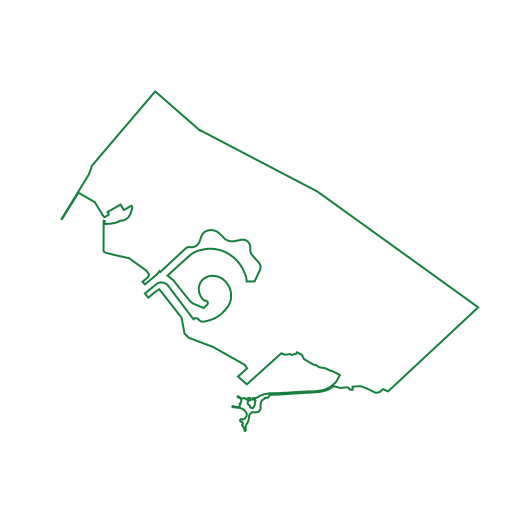 the district of 69, Al Daayen, Qatar, rotated 137°
{"feature_id": "91078587B70962484835494", "entity_name": "69", "entity_type": "district", "adm_level": 2, "iso_a3": "QAT", "parent_name": "Qatar", "parent_adm1": "Al Daayen", "projection": "robinson", "projection_center": [51.528, 25.422], "detail": "fine", "context": "isolated", "style": "outline", "palette": "green", "viewbox_px": 512, "rotation_deg": 137, "n_neighbors": 0, "source": "geoboundaries", "source_scale": "gbopen_adm2", "svg_char_len": 5118}
<svg xmlns="http://www.w3.org/2000/svg" viewBox="0 0 512 512"><g transform="rotate(137 256 256)"><path d="M219.4,444.9L293.1,436.4L314.4,433.9L322.4,429.7L372.9,415.7L372.8,415.3L342.7,423.4L337.2,405.2L340.6,388.4L340.4,387.7L336.1,386.8L335.7,386.7L335.0,387.1L334.6,389.4L331.0,388.6L320.0,386.0L321.2,380.3L321.0,379.6L313.2,377.9L312.9,377.6L312.9,376.9L313.3,375.9L314.8,374.8L317.3,373.4L320.3,372.1L322.4,371.4L324.1,371.4L325.6,371.5L327.5,372.0L329.2,372.8L331.1,374.3L331.9,374.8L332.5,374.9L333.2,374.7L336.8,376.5L338.8,377.8L340.8,379.2L343.0,381.0L344.7,382.6L344.6,383.1L342.8,384.8L343.4,385.6L363.7,364.1L364.2,363.2L364.1,362.2L363.5,360.6L358.7,353.1L350.3,340.9L346.2,320.1L346.7,315.8L347.7,314.8L349.8,314.1L356.6,314.6L356.6,311.0L340.6,310.1L337.0,310.8L336.9,309.6L300.9,309.5L300.1,308.7L299.5,308.5L299.1,308.6L297.9,307.0L296.4,305.7L294.7,304.8L293.0,304.2L291.3,304.1L289.7,304.3L288.1,304.7L284.5,306.6L281.9,307.9L279.9,308.5L277.8,308.7L275.5,308.2L273.3,307.2L272.7,306.7L270.9,305.4L269.0,302.9L267.8,300.2L267.4,296.9L267.1,290.9L267.1,289.5L266.6,287.8L265.9,286.2L264.9,284.6L263.8,283.3L262.2,281.9L256.2,278.2L254.4,276.9L253.4,275.6L252.6,274.2L252.2,272.6L252.2,270.9L252.5,269.6L252.9,268.2L253.6,267.1L255.1,265.3L256.8,263.5L257.6,262.1L258.1,260.6L258.2,258.7L258.5,248.7L258.9,247.2L259.4,245.9L260.2,244.8L261.3,243.9L262.5,243.1L274.4,238.4L280.2,243.7L278.3,246.2L276.8,249.1L275.3,253.0L274.1,256.9L273.4,261.0L273.1,265.7L273.3,269.7L273.4,270.3L274.3,275.1L275.9,280.2L277.8,284.0L280.4,287.9L283.2,291.3L286.5,294.3L287.0,294.6L289.5,296.3L292.8,298.4L296.6,300.1L300.3,301.2L303.8,301.6L332.2,302.0L334.1,302.0L333.0,294.6L335.0,269.1L334.9,266.8L334.5,264.3L332.3,259.3L329.7,253.7L325.6,253.7L324.8,253.7L323.9,254.0L323.2,254.6L322.8,255.3L322.8,256.4L323.1,257.6L324.1,258.3L324.3,260.2L324.3,262.1L323.9,264.1L323.4,266.0L322.6,267.7L321.5,269.5L320.3,271.0L318.6,272.5L316.7,273.6L314.3,274.6L312.1,275.0L309.6,275.0L307.5,274.6L305.3,273.8L304.7,273.5L303.1,272.7L301.6,271.4L301.0,270.9L298.9,268.4L297.1,265.4L296.9,264.6L296.2,262.4L296.0,260.6L295.8,259.5L295.8,256.5L296.2,254.0L296.9,251.2L298.1,248.4L299.5,246.0L301.5,243.7L302.9,242.4L304.0,241.4L306.4,240.0L309.0,238.8L312.0,238.0L315.9,237.5L319.1,237.3L322.4,237.4L326.2,238.0L330.1,239.1L333.9,240.7L337.9,242.9L339.9,244.3L340.9,245.9L341.3,247.0L341.3,248.1L341.3,249.6L341.8,250.8L342.5,251.7L343.5,252.3L344.9,252.4L340.4,295.8L341.5,299.0L344.0,302.1L347.5,303.4L362.9,304.3L363.2,299.0L353.8,298.5L349.4,297.6L352.5,261.6L361.1,248.2L361.0,242.1L351.7,223.3L349.5,218.9L338.4,183.9L339.1,179.9L351.4,180.1L350.2,168.4L303.9,167.6L301.8,163.6L297.9,161.0L297.5,159.6L296.8,158.8L294.8,158.2L293.8,157.1L291.7,157.6L289.9,152.5L291.2,147.7L287.9,136.9L286.6,135.6L285.6,131.5L281.9,126.7L279.8,121.2L278.8,120.1L275.8,111.7L283.6,109.2L290.5,109.5L292.1,109.8L294.6,110.6L297.8,111.8L299.6,112.9L303.1,115.3L307.1,118.4L308.2,119.5L309.2,120.6L313.3,123.9L316.8,126.9L321.4,130.8L326.8,135.0L328.8,136.9L332.0,139.4L339.7,146.3L344.2,149.3L346.3,150.2L348.7,151.2L351.2,151.5L352.2,151.9L353.5,152.7L355.2,154.1L356.1,153.1L354.7,151.4L354.8,150.9L356.8,149.4L358.2,148.2L359.7,147.3L361.8,146.9L362.5,147.3L363.0,148.1L363.3,148.8L363.4,149.4L363.1,149.9L362.6,150.3L362.8,152.0L363.0,152.8L362.8,153.5L362.5,154.1L362.0,154.5L361.1,155.0L360.4,155.1L359.6,155.2L359.1,155.0L358.7,154.6L358.1,154.3L357.5,154.7L357.1,155.5L357.6,156.6L358.3,157.4L359.2,157.6L359.9,156.8L360.1,156.7L360.5,156.9L361.0,157.9L361.3,160.2L362.9,160.8L363.3,161.2L363.6,161.8L364.3,163.7L364.4,164.7L364.7,165.6L365.4,165.7L365.6,165.4L365.7,165.0L365.2,164.2L364.8,163.4L364.5,162.3L364.6,161.8L365.3,160.3L366.3,159.5L367.4,158.9L368.1,159.1L368.5,159.2L368.9,159.0L368.9,158.4L369.0,157.9L371.4,157.1L372.6,158.3L373.6,159.5L374.7,160.9L375.2,162.1L375.5,162.2L376.0,162.1L376.1,161.9L376.2,161.5L371.0,155.3L370.2,153.5L369.8,152.1L369.8,149.9L369.9,148.2L370.4,146.9L372.0,145.4L374.0,144.9L375.1,144.7L376.1,144.8L377.2,145.3L377.7,146.4L378.2,146.9L379.5,146.9L380.1,146.3L380.1,145.1L379.3,143.6L379.9,142.2L380.8,142.2L381.4,142.0L381.8,141.3L381.9,139.3L382.8,136.9L383.5,135.9L383.2,135.4L382.3,135.5L380.9,137.2L379.9,138.4L379.3,138.9L378.5,139.1L375.1,140.1L372.5,141.6L370.1,143.7L368.9,144.4L367.5,144.5L366.4,144.5L365.2,144.3L363.3,142.3L362.1,141.3L361.5,140.9L360.6,140.4L359.5,140.3L358.5,140.6L357.2,140.9L356.1,141.8L354.8,143.4L353.4,144.8L351.6,145.9L350.0,146.4L348.5,146.1L347.8,145.9L346.4,146.2L345.1,145.3L343.8,144.2L340.7,145.0L338.1,142.9L334.2,139.5L329.0,135.1L325.9,132.7L321.8,129.4L319.5,127.3L315.4,124.1L313.0,122.1L311.3,120.6L308.5,118.3L306.4,116.6L302.6,113.6L300.4,112.1L298.4,111.0L296.3,109.9L293.8,109.0L291.7,108.5L288.3,107.9L287.7,107.5L286.6,105.6L284.3,102.0L281.5,99.8L278.7,97.6L278.1,95.8L278.7,94.6L276.7,92.3L274.4,94.5L269.9,90.9L268.5,89.5L267.5,88.1L264.9,82.5L263.3,78.2L261.7,74.2L258.3,72.2L253.8,72.0L251.8,66.9L128.5,66.9L167.1,261.1L211.1,386.0L211.4,385.9L217.5,445.1L219.4,444.9Z" fill="none" stroke="#15803d" stroke-width="2"/></g></svg>